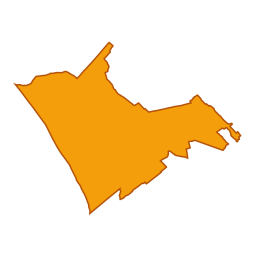 outline of Mosna, Iasi, Romania
{"feature_id": "2599482B14546086998292", "entity_name": "Mosna", "entity_type": "district", "adm_level": 2, "iso_a3": "ROU", "parent_name": "Romania", "parent_adm1": "Iasi", "projection": "orthographic", "projection_center": [27.981, 46.915], "detail": "fine", "context": "isolated", "style": "filled", "palette": "amber", "viewbox_px": 256, "rotation_deg": 0, "n_neighbors": 0, "source": "geoboundaries", "source_scale": "gbopen_adm2", "svg_char_len": 5653}
<svg xmlns="http://www.w3.org/2000/svg" viewBox="0 0 256 256"><path d="M197.4,95.1L194.7,96.8L194.3,96.8L193.8,98.0L193.2,98.0L192.4,99.7L192.2,99.6L190.6,100.6L190.7,100.8L190.1,101.1L190.0,101.3L190.9,102.6L191.0,102.9L180.1,105.8L177.4,106.1L175.2,106.5L170.2,107.6L168.4,107.9L164.8,108.9L159.2,110.0L156.8,110.6L156.0,110.7L155.1,110.8L150.7,111.7L150.0,111.8L148.6,112.1L148.3,111.7L147.5,110.9L146.9,110.4L146.2,109.8L145.1,108.6L144.2,109.0L138.6,103.0L135.0,105.2L134.6,105.4L134.0,105.4L133.8,105.3L132.9,104.6L132.1,103.8L131.6,103.5L130.7,102.8L129.2,101.7L128.6,101.1L127.2,100.0L126.2,99.3L124.7,98.0L122.3,96.4L121.1,95.8L120.8,95.6L120.6,95.4L120.3,95.1L118.8,94.4L118.5,94.2L118.1,93.9L117.7,93.6L117.3,93.0L116.9,92.3L116.1,91.3L115.2,89.7L114.4,89.4L114.1,89.2L113.8,88.8L113.3,87.8L112.7,85.9L112.3,85.1L111.8,84.3L110.5,82.8L109.2,81.2L108.0,80.3L107.9,80.1L107.7,79.9L106.9,79.3L106.9,79.0L106.5,77.9L106.4,77.7L106.5,77.2L105.1,72.8L105.2,72.6L107.5,71.6L107.9,71.3L107.9,71.1L107.6,70.2L108.0,69.4L108.5,68.1L108.9,67.0L108.9,66.7L108.8,66.0L107.9,64.4L107.6,63.7L107.3,62.8L107.1,62.3L105.1,60.2L104.9,59.8L104.2,58.9L104.2,58.6L104.6,58.1L106.1,56.8L108.9,53.5L109.4,53.0L110.3,51.9L110.0,51.5L109.8,51.0L109.9,50.4L110.8,49.0L111.1,48.3L111.5,47.8L111.9,47.4L112.9,45.9L112.9,45.6L112.4,45.3L109.8,42.9L109.4,42.7L109.1,42.5L107.9,43.7L99.3,53.8L92.0,62.2L86.0,68.7L85.5,69.3L84.8,69.9L83.4,71.4L79.0,76.5L77.0,78.5L75.9,77.3L75.4,76.9L73.2,75.4L70.8,74.2L69.8,73.5L68.9,73.0L68.6,72.7L67.2,72.0L66.8,71.9L65.9,71.5L65.4,71.4L64.6,71.6L63.5,72.1L62.2,72.5L61.0,72.8L60.5,72.8L60.1,72.6L59.6,72.6L58.0,72.6L56.1,72.6L54.8,73.1L53.7,73.1L52.4,73.4L51.8,73.4L51.1,73.3L50.8,73.3L50.3,73.4L49.1,74.2L48.0,74.5L47.3,74.6L46.4,75.1L45.9,75.3L44.7,75.4L42.9,75.6L41.6,75.6L40.5,75.9L39.6,76.0L37.7,76.3L36.7,76.3L36.2,76.4L36.0,76.5L35.9,76.7L35.4,77.4L34.9,77.8L34.2,78.7L32.8,80.4L32.0,81.8L31.3,83.1L31.1,83.5L30.6,83.8L30.1,83.9L29.2,84.6L28.3,84.7L27.4,85.2L27.1,85.4L26.3,85.5L25.8,85.5L24.5,85.3L24.3,85.3L23.1,85.7L22.5,85.5L22.0,85.3L21.7,85.2L19.7,84.7L18.7,84.7L18.3,84.8L18.0,84.9L17.5,84.9L15.9,84.7L15.4,84.5L22.1,93.0L28.4,101.5L32.7,107.0L37.4,113.5L45.7,124.8L53.2,139.8L54.7,142.4L56.9,146.5L57.7,147.9L60.1,151.7L61.7,154.1L65.2,158.8L69.3,164.6L70.3,166.4L71.0,168.2L75.9,178.0L76.4,180.0L78.5,183.4L79.4,184.4L80.1,185.4L80.4,186.1L80.7,186.9L81.2,187.8L81.4,188.6L81.5,188.8L82.0,189.8L82.3,190.2L82.9,191.3L83.1,192.0L83.4,192.5L84.4,193.9L85.0,195.5L85.4,196.1L86.1,197.8L86.5,199.1L87.1,200.3L87.3,201.1L87.7,202.5L88.1,203.1L88.6,204.2L88.7,206.5L88.8,206.9L89.0,207.6L89.3,208.3L90.0,211.0L90.0,211.8L89.8,213.2L89.8,213.5L94.9,209.3L107.8,198.5L120.0,188.6L120.1,189.3L120.0,189.9L120.1,190.1L120.2,190.5L120.7,191.1L120.8,191.2L120.8,191.4L120.2,192.8L120.1,193.0L120.1,193.8L119.7,194.4L119.5,195.3L119.4,195.4L119.6,196.2L120.0,197.3L120.1,197.7L120.1,198.3L120.1,199.4L120.6,199.4L121.0,199.1L122.0,198.8L123.4,198.1L124.1,197.4L124.5,196.8L125.7,196.0L126.5,195.5L128.0,194.9L128.6,194.6L130.9,192.7L131.6,191.9L131.9,191.7L132.2,191.7L132.4,191.6L132.5,191.4L132.5,190.6L132.7,190.3L139.4,185.5L141.9,183.4L142.5,183.3L143.0,183.5L143.5,183.4L143.8,183.3L144.9,182.2L146.4,183.8L149.3,181.6L159.7,173.5L161.1,172.3L160.7,171.8L161.6,171.2L163.3,169.7L164.7,168.6L166.2,167.3L166.5,167.0L165.3,165.8L164.6,165.0L161.5,161.8L160.6,160.9L160.4,160.8L160.4,160.7L161.5,160.1L162.5,159.4L164.9,158.2L167.3,156.9L167.5,156.7L168.1,155.0L168.4,153.9L168.5,153.5L168.3,153.0L168.3,152.4L168.2,151.6L168.4,151.2L168.6,151.1L169.5,151.1L170.2,151.3L172.5,153.0L173.6,154.0L174.3,154.1L174.5,154.3L174.7,154.8L174.8,154.9L176.2,155.5L179.5,156.1L180.3,156.3L181.3,156.6L183.3,156.8L183.6,156.9L184.1,156.9L185.4,157.2L187.0,157.8L187.6,158.1L187.6,157.6L187.5,156.8L187.4,155.9L187.0,153.0L186.7,151.2L186.6,150.4L186.2,149.1L190.2,147.8L190.0,147.1L189.1,143.7L189.0,143.2L188.8,142.6L188.6,142.3L188.6,141.8L189.0,141.6L190.6,141.2L191.0,141.3L192.2,141.2L194.0,140.6L195.0,140.3L222.9,150.3L223.6,149.6L224.4,148.3L225.0,148.1L225.4,147.2L225.8,146.1L225.9,145.8L226.3,145.3L226.5,145.1L227.1,144.9L227.3,144.8L227.7,144.5L228.4,144.0L227.4,143.1L225.9,141.9L225.7,141.7L224.8,140.2L223.8,139.3L223.1,138.5L222.5,137.3L222.2,136.9L220.6,135.6L219.9,135.2L219.6,134.9L219.5,134.5L219.2,134.1L218.8,133.8L218.1,133.6L217.9,133.4L217.2,132.7L216.9,131.9L218.3,131.0L219.7,130.0L222.1,128.2L222.6,128.2L223.5,128.9L223.7,129.0L224.0,129.0L224.4,128.9L224.9,128.7L226.0,127.7L226.6,127.6L227.0,128.1L227.4,128.6L227.9,129.1L228.8,129.7L229.4,130.3L229.8,131.0L230.0,131.5L230.3,132.5L230.8,133.8L230.8,134.1L230.9,134.4L230.9,134.8L231.0,135.5L231.2,135.8L231.5,136.2L231.9,136.5L232.6,136.8L233.2,137.7L233.8,138.3L236.2,139.9L236.1,140.9L236.3,141.2L236.8,141.6L237.0,141.7L237.7,141.4L237.9,141.1L237.9,140.8L237.9,140.0L238.0,139.9L238.4,139.7L239.1,139.4L239.3,139.3L239.3,138.8L239.0,138.4L239.0,138.2L239.0,137.7L238.8,137.3L238.8,137.0L239.7,136.5L239.7,136.4L240.6,135.7L239.4,134.0L237.8,131.8L236.2,133.0L232.9,129.5L230.0,126.5L230.0,126.4L231.0,125.3L232.1,124.4L232.2,124.2L232.1,123.9L232.0,123.7L231.6,123.4L230.9,123.5L230.4,123.6L229.8,124.0L229.1,124.2L227.9,123.5L227.3,123.4L227.1,123.3L226.5,122.6L225.1,121.4L223.8,120.2L222.1,118.3L220.9,116.7L220.0,115.8L218.5,114.7L218.3,114.5L218.1,114.1L215.9,112.0L214.2,109.9L214.1,108.7L211.0,106.2L210.5,105.9L209.4,105.6L209.0,106.1L206.9,104.3L206.3,104.0L206.1,103.8L205.6,104.2L204.7,103.6L203.5,102.3L202.9,101.4L201.7,100.6L201.3,100.2L201.0,99.4L200.7,98.6L198.7,96.3L197.4,95.1Z" fill="#f59e0b" stroke="#b45309" stroke-width="1.5"/></svg>